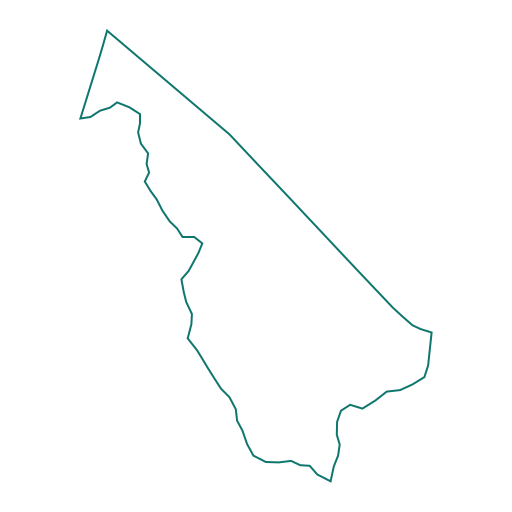 Muribeca, Sergipe, Brazil (Mercator projection)
{"feature_id": "56859067B76583201767693", "entity_name": "Muribeca", "entity_type": "district", "adm_level": 2, "iso_a3": "BRA", "parent_name": "Brazil", "parent_adm1": "Sergipe", "projection": "mercator", "projection_center": [-36.966, -10.377], "detail": "fine", "context": "isolated", "style": "outline", "palette": "teal", "viewbox_px": 512, "rotation_deg": 0, "n_neighbors": 0, "source": "geoboundaries", "source_scale": "gbopen_adm2", "svg_char_len": 1032}
<svg xmlns="http://www.w3.org/2000/svg" viewBox="0 0 512 512"><path d="M80.4,118.5L90.4,117.0L100.0,110.7L109.9,107.7L117.1,102.4L129.4,107.3L140.0,114.1L140.0,123.4L138.1,132.4L140.9,143.6L148.1,153.4L146.6,164.0L149.1,172.6L144.8,181.5L150.5,190.9L156.7,199.4L162.4,210.6L169.8,221.5L177.1,228.5L182.5,237.0L194.2,237.0L202.3,243.4L198.4,253.0L194.2,260.8L188.6,271.0L181.4,279.3L183.8,292.3L186.2,301.9L191.9,314.0L191.4,324.2L187.7,338.4L196.8,349.9L202.3,358.8L207.7,367.8L214.8,379.1L221.1,388.8L229.4,397.1L235.8,409.2L237.1,420.7L242.4,430.5L247.1,444.1L253.4,455.6L265.8,462.0L278.7,462.4L291.1,460.9L300.2,465.2L309.7,465.8L317.3,474.5L330.6,481.3L333.8,466.4L338.1,455.6L339.7,444.5L336.8,434.8L337.1,421.8L341.0,410.7L350.1,404.8L362.4,408.6L375.4,400.5L386.7,391.6L400.1,390.1L412.5,384.4L424.4,377.1L428.1,365.6L431.6,332.5L420.7,329.1L412.5,325.3L403.0,317.0L393.0,307.8L356.3,269.1L286.6,194.9L258.2,164.9L229.4,134.3L107.1,30.7L102.8,45.8L99.5,57.0L80.4,118.5Z" fill="none" stroke="#0f766e" stroke-width="2"/></svg>